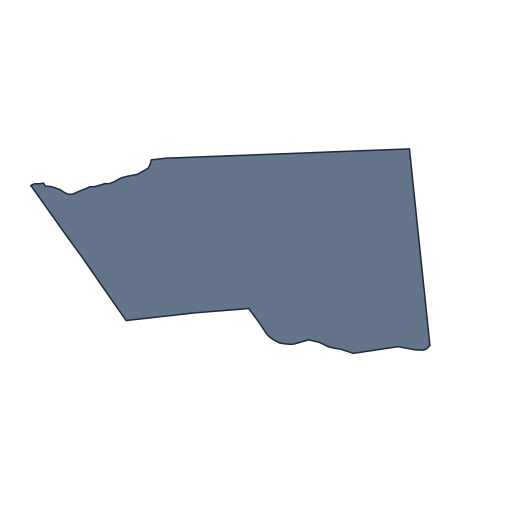 the district of Baraúna, Rio Grande do Norte, Brazil, rotated 248°
{"feature_id": "56859067B35096548847871", "entity_name": "Baraúna", "entity_type": "district", "adm_level": 2, "iso_a3": "BRA", "parent_name": "Brazil", "parent_adm1": "Rio Grande do Norte", "projection": "mercator", "projection_center": [-37.595, -5.082], "detail": "fine", "context": "isolated", "style": "filled", "palette": "slate", "viewbox_px": 512, "rotation_deg": 248, "n_neighbors": 0, "source": "geoboundaries", "source_scale": "gbopen_adm2", "svg_char_len": 949}
<svg xmlns="http://www.w3.org/2000/svg" viewBox="0 0 512 512"><g transform="rotate(248 256 256)"><path d="M244.8,111.4L235.4,145.1L234.6,147.8L226.3,177.7L210.0,229.6L193.3,233.9L179.7,236.7L175.9,238.1L171.7,240.9L166.7,245.1L164.6,248.3L161.2,254.8L160.1,258.4L158.5,273.4L152.2,282.4L144.7,289.1L141.2,294.0L137.9,299.6L129.3,309.7L118.7,353.8L109.3,368.5L106.0,376.0L106.0,379.4L107.8,383.7L123.3,388.2L205.1,411.7L244.0,422.9L297.8,438.4L317.3,384.3L346.7,302.6L350.9,291.0L352.0,287.9L380.3,209.6L384.4,195.0L380.7,192.2L377.8,189.0L376.6,180.4L376.2,176.6L378.4,165.0L378.9,159.9L377.9,151.3L378.1,146.9L379.7,143.0L380.6,132.9L382.4,128.0L382.2,124.0L382.3,115.9L382.0,109.0L383.7,104.8L387.4,101.6L391.1,99.1L392.9,96.9L394.9,94.9L397.3,91.7L399.7,86.9L403.1,86.3L404.1,82.5L406.0,77.3L405.7,73.6L384.9,78.6L360.4,84.4L354.4,85.8L338.0,89.8L320.6,94.2L290.2,101.0L244.8,111.4Z" fill="#64748b" stroke="#1e293b" stroke-width="1.5"/></g></svg>